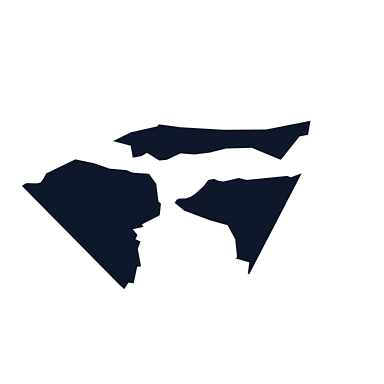 Aransas, United States of America, rotated 236°
{"feature_id": "52423323B95001910303654", "entity_name": "Aransas", "entity_type": "district", "adm_level": 2, "iso_a3": "USA", "parent_name": "United States of America", "parent_adm1": "", "projection": "equal_earth", "projection_center": [-97.0, 28.078], "detail": "fine", "context": "isolated", "style": "filled", "palette": "ink", "viewbox_px": 384, "rotation_deg": 236, "n_neighbors": 0, "source": "geoboundaries", "source_scale": "gbopen_adm2", "svg_char_len": 1097}
<svg xmlns="http://www.w3.org/2000/svg" viewBox="0 0 384 384"><g transform="rotate(236 192 192)"><path d="M291.5,55.3L155.8,80.7L150.4,82.1L153.3,88.7L150.0,92.6L161.6,104.6L159.9,107.8L175.5,114.5L180.0,120.6L184.8,117.6L187.2,122.0L195.6,121.1L191.3,131.4L194.0,131.7L191.6,151.9L199.9,158.9L202.9,158.0L218.9,166.1L230.7,165.8L241.1,152.6L246.2,149.4L257.0,136.1L270.0,126.4L283.6,113.1L288.1,81.6L285.2,76.2L283.7,71.6L285.2,67.9L291.3,59.2L291.5,55.3ZM111.8,192.6L101.6,201.2L92.5,193.1L145.9,291.3L148.3,281.5L151.5,279.4L170.9,243.4L176.8,238.2L182.4,223.5L185.8,219.7L189.9,217.1L192.1,212.2L189.7,205.6L188.0,194.1L188.0,188.0L189.5,182.8L193.0,177.4L193.4,175.1L192.2,172.5L181.1,175.9L159.1,191.6L144.8,203.7L128.2,202.1L111.7,193.2L111.8,192.6ZM169.9,283.9L178.8,312.3L175.4,320.0L184.5,328.7L201.7,288.0L225.3,252.5L251.2,218.6L265.8,202.1L265.0,199.9L274.8,174.8L277.3,156.9L264.8,168.0L254.0,163.1L250.8,170.1L250.4,177.1L237.0,183.0L233.5,189.4L231.2,204.3L222.3,215.6L215.5,228.9L209.7,244.9L195.8,266.8L169.9,283.9Z" fill="#0f172a" stroke="#020617" stroke-width="1.5"/></g></svg>